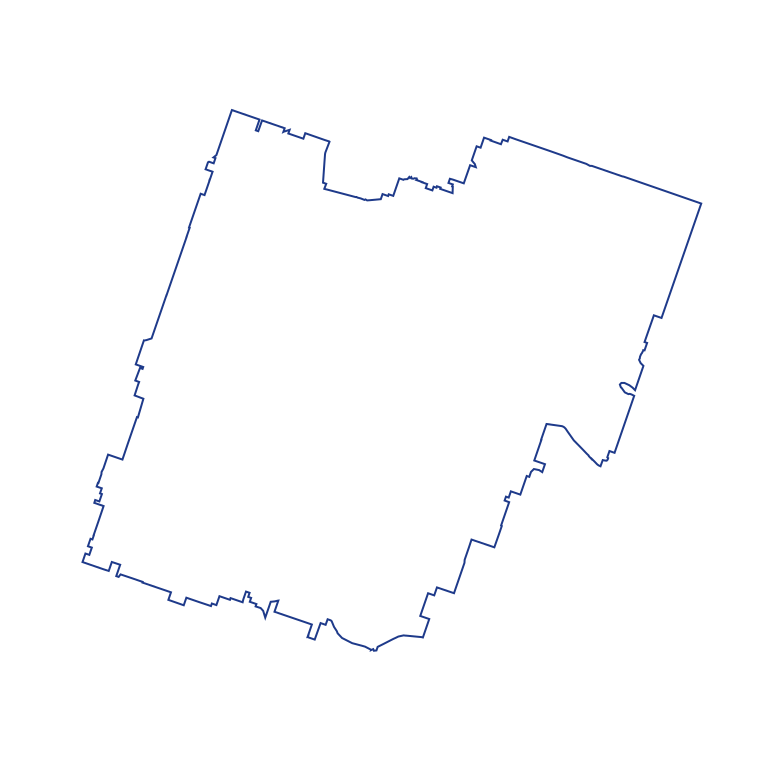 outline of Broomehill-Tambellup, Western Australia, Australia, rotated 289°
{"feature_id": "25037944B2745809655475", "entity_name": "Broomehill-Tambellup", "entity_type": "district", "adm_level": 2, "iso_a3": "AUS", "parent_name": "Australia", "parent_adm1": "Western Australia", "projection": "albers", "projection_center": [117.654, -34.013], "detail": "fine", "context": "isolated", "style": "outline", "palette": "blue", "viewbox_px": 768, "rotation_deg": 289, "n_neighbors": 0, "source": "geoboundaries", "source_scale": "gbopen_adm2", "svg_char_len": 5026}
<svg xmlns="http://www.w3.org/2000/svg" viewBox="0 0 768 768"><g transform="rotate(289 384 384)"><path d="M121.3,156.9L117.5,156.9L117.5,175.3L117.5,179.2L117.6,184.6L127.1,184.6L127.2,193.4L115.2,193.4L115.2,195.9L118.2,196.9L118.3,209.1L118.3,220.3L117.6,220.3L117.7,250.4L113.7,250.4L109.7,250.4L109.6,266.7L117.6,266.7L117.6,266.9L117.6,280.1L117.7,289.7L117.7,292.7L120.4,292.7L120.4,297.5L129.8,297.5L129.8,308.6L131.6,308.6L131.6,321.4L134.5,321.1L142.8,321.1L142.8,324.9L138.5,324.9L138.5,328.0L134.4,328.0L134.4,335.0L131.9,335.0L132.0,340.3L130.2,343.6L124.4,347.8L141.2,347.8L142.7,351.1L142.8,351.3L144.6,354.2L144.8,354.6L133.0,354.6L133.1,386.6L133.1,394.1L120.5,394.1L120.7,394.3L120.2,394.3L119.8,394.4L119.8,401.7L137.3,401.9L137.3,407.2L143.2,407.3L143.2,410.2L143.0,411.3L142.3,412.1L138.1,415.8L134.9,419.9L133.2,421.3L130.2,427.0L128.6,438.3L129.3,447.9L129.5,451.5L128.5,458.5L128.3,458.5L128.6,458.8L129.8,460.1L128.5,461.3L129.6,463.6L133.4,463.6L138.2,468.3L143.4,473.3L146.0,475.8L147.6,477.5L149.9,479.8L151.3,482.1L152.7,484.4L153.2,486.7L153.3,486.9L156.9,501.9L157.0,503.3L157.3,503.3L176.5,503.3L176.5,493.8L196.1,493.8L200.5,493.8L200.5,498.6L200.5,500.3L208.9,500.3L209.0,518.3L230.3,518.3L241.1,518.3L244.0,517.5L257.1,517.5L265.4,517.4L265.5,541.5L279.2,541.6L288.1,541.6L288.3,540.8L288.6,540.8L288.8,540.8L299.5,540.8L313.0,540.8L313.0,540.6L313.1,536.0L317.2,536.0L317.2,538.9L323.8,538.9L323.8,548.9L335.0,548.9L343.5,548.9L343.5,551.6L345.5,551.6L348.7,551.6L352.4,553.4L353.1,558.7L352.2,562.3L360.6,562.3L360.6,551.0L382.4,551.0L382.4,550.7L392.3,550.7L392.9,550.7L394.4,550.7L399.1,550.7L401.2,561.4L401.9,565.0L402.0,565.5L402.0,565.9L402.1,566.2L402.1,566.5L402.0,566.9L402.0,567.2L402.0,567.6L401.9,567.9L401.8,568.2L401.7,568.6L401.6,568.9L401.4,569.2L401.3,569.5L401.1,569.8L401.0,570.1L400.8,570.4L398.7,573.2L392.5,581.8L387.5,591.8L384.1,598.4L383.0,600.8L382.5,601.1L380.6,604.8L380.9,604.8L379.0,608.7L377.6,611.4L377.3,612.1L377.1,612.8L376.9,613.5L376.8,614.4L376.7,615.5L377.5,615.5L383.3,615.6L383.6,618.1L384.0,619.5L385.3,620.1L386.9,620.1L387.4,619.0L394.0,619.0L394.0,624.4L398.1,624.4L413.9,624.4L431.1,624.4L443.6,624.4L450.7,624.4L454.3,624.4L454.7,621.4L454.7,619.6L454.0,618.4L454.5,614.4L457.9,609.6L457.9,609.1L458.1,608.9L460.3,607.2L462.3,608.1L463.3,611.0L462.7,616.4L461.5,620.2L459.9,623.4L467.3,623.4L467.8,623.4L472.1,623.4L485.6,623.4L487.3,619.9L489.9,617.3L490.2,617.3L490.6,617.4L491.1,617.5L491.8,617.5L492.4,617.3L493.0,617.2L493.7,617.2L494.7,617.3L495.5,617.3L496.3,617.5L497.2,617.8L497.8,617.9L498.6,618.0L499.4,618.1L500.1,618.3L500.4,618.2L500.5,618.7L500.5,619.0L500.6,619.4L502.8,619.4L508.5,619.4L508.5,616.7L533.7,616.8L536.8,616.8L536.8,624.9L657.9,625.2L658.0,586.3L658.1,543.0L657.9,541.8L657.9,509.6L657.3,507.6L658.0,503.7L658.0,483.5L658.2,478.9L658.2,478.5L658.3,465.3L658.3,429.0L658.4,421.9L653.6,421.9L653.6,416.7L648.8,416.5L648.9,405.6L649.5,405.7L649.5,398.4L638.9,398.4L638.9,394.2L638.7,394.2L633.4,394.2L624.0,394.2L621.5,398.3L618.9,400.2L618.9,394.2L599.7,394.1L599.7,383.1L599.7,382.7L599.5,379.5L595.1,379.5L595.1,384.1L593.0,384.1L593.0,384.8L586.8,386.7L586.8,384.5L586.8,373.6L588.2,373.6L588.2,369.7L586.7,369.7L586.7,366.7L582.8,366.7L582.8,359.7L587.1,359.7L587.1,354.3L587.4,354.4L587.4,354.0L587.4,348.5L587.9,348.9L589.0,347.9L588.7,347.5L588.6,346.1L587.6,344.8L587.3,343.2L588.5,342.4L587.3,341.5L588.0,340.5L585.4,339.5L584.1,336.4L583.4,335.9L583.4,331.5L583.2,331.5L564.9,331.5L564.9,326.7L563.1,326.7L563.1,320.8L557.7,320.8L553.5,311.5L552.1,308.3L552.5,306.4L551.7,305.6L551.9,301.6L551.6,298.1L551.9,297.2L551.5,296.3L549.4,267.9L549.1,264.5L549.1,264.0L554.5,264.2L554.5,260.8L574.6,255.4L581.8,253.5L582.8,253.3L583.9,253.2L595.4,253.6L595.5,253.4L595.4,248.6L595.5,227.9L589.7,227.9L589.7,212.0L593.6,212.0L590.5,207.9L590.3,207.3L589.9,207.1L589.6,206.8L593.5,206.8L593.5,194.1L593.5,193.8L593.5,182.9L582.1,182.8L582.1,180.2L593.5,180.2L593.5,168.2L593.5,155.3L593.5,151.0L585.1,151.0L564.8,151.0L551.3,151.0L551.2,151.0L545.9,151.0L542.7,149.0L542.7,151.1L537.2,151.1L537.2,146.2L536.3,145.4L528.9,145.4L528.9,152.8L527.5,152.8L520.5,152.8L520.5,152.6L520.0,152.6L520.0,152.8L504.2,152.8L504.2,148.7L498.2,148.7L492.5,148.7L491.4,148.7L483.6,148.7L480.0,148.7L479.2,148.7L468.5,148.7L468.4,148.7L468.4,149.4L458.7,149.4L458.7,149.5L450.7,149.5L438.4,149.5L411.6,149.5L397.0,149.5L397.0,149.4L382.7,149.4L368.4,149.4L351.4,149.4L348.1,145.0L347.0,143.0L347.0,142.8L321.7,142.9L321.7,150.8L319.7,150.8L319.8,148.1L306.3,147.7L306.2,151.8L303.7,151.7L298.2,151.8L292.0,151.9L291.7,161.3L272.3,162.2L272.3,161.2L267.0,161.2L243.6,161.2L227.4,161.3L227.4,146.1L212.8,146.2L208.9,145.6L206.6,146.2L197.4,146.2L197.4,145.7L193.5,145.7L193.5,151.1L188.1,151.1L188.1,153.1L180.3,153.1L180.3,148.7L177.3,148.8L177.3,158.6L161.1,158.7L146.3,158.7L146.3,158.9L142.1,158.9L142.1,156.9L134.2,156.9L134.2,161.0L126.5,161.0L126.5,156.9L121.3,156.9Z" fill="none" stroke="#1e3a8a" stroke-width="2"/></g></svg>